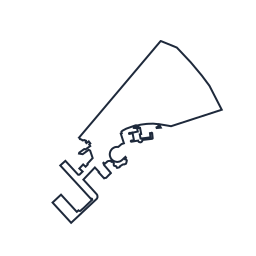 13, Ad Dawhah, Qatar (orthographic projection), rotated 162°
{"feature_id": "91078587B12401503508412", "entity_name": "13", "entity_type": "district", "adm_level": 2, "iso_a3": "QAT", "parent_name": "Qatar", "parent_adm1": "Ad Dawhah", "projection": "orthographic", "projection_center": [51.541, 25.292], "detail": "fine", "context": "isolated", "style": "outline", "palette": "slate", "viewbox_px": 256, "rotation_deg": 162, "n_neighbors": 0, "source": "geoboundaries", "source_scale": "gbopen_adm2", "svg_char_len": 3413}
<svg xmlns="http://www.w3.org/2000/svg" viewBox="0 0 256 256"><g transform="rotate(162 128 128)"><path d="M40.5,151.8L41.5,154.8L48.0,171.0L56.7,189.4L69.7,200.4L70.1,200.6L115.7,172.3L137.0,159.1L156.3,147.1L177.5,134.0L177.2,133.7L177.2,132.4L176.9,132.1L176.6,132.1L175.2,130.7L175.2,130.4L174.9,130.1L173.4,130.1L171.9,128.9L172.6,127.7L172.3,126.9L172.2,126.5L169.5,127.4L169.3,126.7L169.1,126.4L168.6,125.0L170.0,124.4L169.5,122.5L175.0,120.8L176.1,121.5L182.0,119.6L182.5,118.8L179.2,117.1L176.7,117.9L172.1,119.4L171.0,118.2L170.9,110.3L177.6,106.6L177.6,105.7L180.3,104.3L181.9,107.2L186.8,104.5L184.6,100.6L188.6,98.6L189.8,98.9L197.7,116.1L204.0,113.3L185.2,72.2L184.8,72.2L184.4,72.1L184.2,71.9L184.1,71.6L184.1,71.2L184.2,70.8L184.5,70.6L184.9,70.5L195.2,65.5L196.5,65.0L198.5,64.1L199.0,63.9L199.4,64.0L199.9,64.2L200.3,64.5L200.6,65.0L202.6,64.1L212.3,85.3L222.8,80.4L212.7,58.3L211.4,55.4L179.6,70.3L179.0,70.8L178.4,71.6L178.1,72.7L178.0,73.7L178.2,74.6L186.4,92.7L171.7,100.7L169.1,95.1L169.6,94.8L166.3,87.6L165.9,87.8L164.6,87.4L164.3,87.4L164.1,87.4L161.1,89.0L158.2,90.4L158.2,90.6L161.2,97.8L162.1,99.8L162.3,100.6L162.2,100.7L161.9,100.8L162.2,101.9L162.3,102.3L161.9,102.5L161.7,102.1L161.2,101.3L161.1,101.2L159.9,101.8L159.3,101.8L158.9,102.0L158.6,102.2L158.5,102.4L158.3,102.5L158.0,102.5L157.7,102.6L157.1,102.7L156.3,102.5L155.1,102.3L154.7,102.2L154.3,101.7L154.2,101.4L154.3,101.2L154.2,100.9L153.7,100.8L153.2,100.6L152.8,100.4L152.4,98.8L152.5,98.4L152.7,98.1L153.0,97.3L152.9,96.5L152.8,96.3L151.3,95.5L151.2,95.3L151.0,94.8L150.9,94.2L150.9,93.6L150.6,93.4L149.9,93.4L148.9,93.3L148.0,93.4L147.4,94.1L146.9,94.2L145.8,94.5L144.7,94.8L144.0,94.9L142.8,94.5L140.9,94.7L140.2,95.7L139.4,97.0L139.2,97.3L139.3,98.2L139.6,98.5L140.6,99.2L140.7,99.4L140.7,99.5L139.1,100.3L139.4,101.3L141.4,100.4L142.8,99.7L143.8,99.3L144.6,99.0L145.5,98.8L146.3,98.7L147.2,98.8L148.2,98.9L149.1,99.2L150.0,99.7L150.8,100.2L151.5,100.8L152.3,101.6L152.7,102.4L153.1,103.0L153.4,103.6L153.7,104.8L153.8,105.8L153.8,107.0L153.6,108.2L153.2,109.3L152.5,110.5L151.7,111.5L150.5,112.5L149.5,113.1L148.6,113.4L147.3,113.7L146.1,113.8L144.9,113.6L143.9,113.3L143.1,113.0L139.1,114.7L137.9,114.7L136.6,114.7L136.6,123.5L136.6,124.9L135.6,124.9L135.6,125.4L135.5,126.2L135.4,126.5L135.1,126.7L133.9,127.2L129.9,127.9L119.9,128.2L118.3,127.6L119.0,125.7L122.3,127.0L122.5,126.3L119.4,125.1L119.8,121.6L125.5,122.2L125.5,122.4L126.2,122.4L126.9,122.5L127.6,122.7L128.1,122.9L128.5,122.8L128.7,122.6L128.8,122.2L128.4,121.9L128.0,121.8L127.9,121.8L127.7,122.0L126.2,121.7L125.3,121.4L126.1,114.6L128.7,114.9L128.8,115.0L129.1,114.9L129.3,114.8L129.4,114.5L129.4,114.3L129.3,114.1L129.0,113.9L122.3,112.9L122.3,112.2L122.1,111.6L121.6,111.1L121.0,110.7L120.5,110.5L119.9,110.5L119.4,110.6L118.9,110.9L118.5,111.2L118.3,111.7L118.1,112.2L108.6,110.3L108.1,110.3L107.7,110.6L106.6,115.7L106.7,115.9L106.8,116.1L107.0,116.2L107.3,116.0L107.4,115.7L107.5,115.6L107.9,115.6L108.0,115.7L107.9,115.9L107.9,116.2L108.7,116.3L109.5,112.2L114.4,113.1L115.4,113.3L119.3,114.1L118.8,118.3L117.3,118.2L116.5,124.4L118.1,124.7L117.0,127.4L115.3,127.3L113.0,126.9L108.8,126.1L104.9,125.0L102.6,124.3L97.8,122.2L98.5,120.3L100.7,119.8L100.7,119.1L96.7,118.2L97.0,119.8L97.5,120.7L97.5,120.9L97.5,121.3L97.2,122.0L89.7,118.1L86.5,116.4L33.2,116.4L37.5,143.0L40.5,151.8Z" fill="none" stroke="#1e293b" stroke-width="2"/></g></svg>